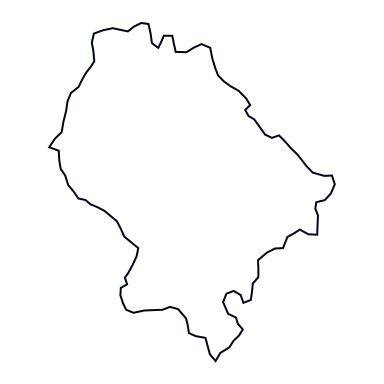 outline of Pedro Teixeira, Minas Gerais, Brazil
{"feature_id": "56859067B10372811020513", "entity_name": "Pedro Teixeira", "entity_type": "district", "adm_level": 2, "iso_a3": "BRA", "parent_name": "Brazil", "parent_adm1": "Minas Gerais", "projection": "albers", "projection_center": [-43.727, -21.732], "detail": "fine", "context": "isolated", "style": "outline", "palette": "ink", "viewbox_px": 384, "rotation_deg": 0, "n_neighbors": 0, "source": "geoboundaries", "source_scale": "gbopen_adm2", "svg_char_len": 1650}
<svg xmlns="http://www.w3.org/2000/svg" viewBox="0 0 384 384"><path d="M49.2,147.2L58.7,150.7L59.3,160.5L60.7,168.9L65.2,175.5L68.2,185.0L73.9,191.9L78.4,198.5L85.5,200.0L90.5,204.3L97.7,207.3L104.4,210.8L109.9,215.4L116.9,221.2L120.8,228.8L124.2,236.4L131.6,242.7L138.3,248.1L136.6,256.2L132.3,265.6L128.6,272.3L124.9,277.7L127.1,284.3L120.8,287.9L120.4,295.3L123.0,303.2L126.2,309.8L133.6,312.8L144.2,310.5L153.7,310.1L162.5,309.8L169.9,306.9L178.1,309.1L186.1,318.5L187.8,325.6L188.9,333.1L195.6,336.1L205.5,337.9L207.8,346.6L209.9,354.3L215.6,361.0L220.3,352.9L229.4,347.3L233.5,340.8L238.9,335.7L242.8,329.4L238.0,324.0L235.9,317.5L228.1,313.8L223.1,302.1L226.4,293.7L233.7,290.9L240.7,295.1L243.4,302.8L250.8,300.0L252.1,291.2L252.8,283.5L258.3,277.2L258.4,269.3L258.0,260.2L267.1,252.5L275.0,248.5L283.0,248.1L287.5,236.9L294.3,233.2L299.7,229.6L308.5,234.3L317.2,234.7L317.6,223.8L318.0,215.4L315.3,208.7L316.3,202.2L324.8,200.1L330.9,193.5L334.8,184.3L331.9,175.5L324.4,175.9L312.7,172.6L306.2,165.8L301.4,159.5L296.9,154.0L290.9,148.2L284.1,140.5L279.0,135.4L271.9,137.9L265.1,134.6L259.7,127.0L254.3,119.4L248.5,116.0L245.2,109.9L250.2,105.1L246.2,98.5L238.7,90.9L230.5,86.2L223.8,81.3L218.1,75.5L215.3,68.2L212.3,58.4L210.2,47.8L201.5,44.1L193.5,47.8L186.5,52.2L175.7,51.9L173.8,43.4L172.3,35.8L163.8,35.7L161.3,41.7L158.3,47.9L151.9,43.1L150.6,33.6L148.5,24.0L141.3,23.0L133.9,26.6L127.9,31.4L120.7,29.9L112.9,28.2L102.8,30.3L93.9,33.6L91.8,42.7L93.3,50.5L94.3,61.3L90.5,67.1L86.5,72.2L82.7,78.5L78.6,86.9L70.9,93.0L67.5,101.4L66.1,111.1L63.4,121.9L61.7,132.1L55.0,138.6L49.2,147.2Z" fill="none" stroke="#020617" stroke-width="2"/></svg>